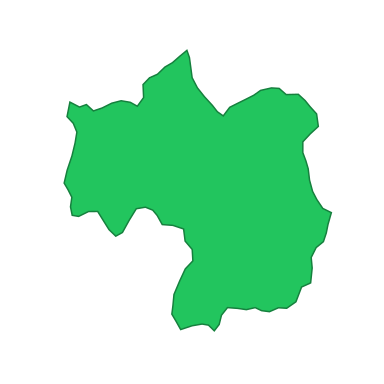 outline of Maripá de Minas, Minas Gerais, Brazil, rotated 14°
{"feature_id": "56859067B21649458076971", "entity_name": "Maripá de Minas", "entity_type": "district", "adm_level": 2, "iso_a3": "BRA", "parent_name": "Brazil", "parent_adm1": "Minas Gerais", "projection": "equal_earth", "projection_center": [-42.96, -21.697], "detail": "fine", "context": "isolated", "style": "filled", "palette": "green", "viewbox_px": 384, "rotation_deg": 14, "n_neighbors": 0, "source": "geoboundaries", "source_scale": "gbopen_adm2", "svg_char_len": 1422}
<svg xmlns="http://www.w3.org/2000/svg" viewBox="0 0 384 384"><g transform="rotate(14 192 192)"><path d="M298.7,97.8L294.0,86.1L285.7,80.5L279.6,75.9L271.5,71.5L259.8,74.7L251.5,70.4L243.9,71.8L234.0,76.8L228.5,83.2L221.7,89.1L213.9,95.7L208.1,100.7L203.9,110.6L197.2,108.0L190.8,103.0L181.1,96.6L172.0,89.6L164.5,81.1L160.1,70.0L157.0,62.2L152.8,55.8L147.4,63.1L141.7,71.3L135.5,77.3L130.0,86.1L123.2,91.4L118.5,99.6L122.2,112.1L118.2,122.0L110.4,119.9L101.2,120.6L92.7,125.2L84.5,132.2L76.7,137.2L68.4,132.7L62.3,136.8L51.8,134.3L52.5,149.1L60.2,154.1L65.8,161.7L66.7,172.8L66.8,186.0L65.6,201.1L65.8,214.3L71.2,219.8L76.7,226.2L77.7,235.8L81.4,243.6L87.9,243.1L96.3,236.0L105.2,233.7L112.1,240.4L120.6,248.6L128.7,253.3L134.3,248.1L137.9,234.6L142.0,221.7L150.5,218.0L158.3,219.1L163.9,223.2L171.0,230.8L181.5,229.0L192.8,229.9L197.2,241.3L206.1,247.7L209.5,258.6L204.1,268.2L201.6,281.2L199.3,295.8L201.0,307.0L202.0,315.4L207.8,321.3L214.3,328.2L224.4,321.8L233.7,317.7L240.2,317.2L247.2,321.3L250.4,314.0L250.4,304.4L254.4,295.6L264.3,293.9L273.2,293.0L281.3,288.9L288.2,290.3L296.1,289.4L303.9,283.4L312.0,281.9L319.4,273.4L321.3,257.7L329.1,251.5L327.0,236.7L323.5,226.7L325.9,215.9L331.5,208.4L332.2,199.3L331.8,190.6L332.2,178.3L322.9,176.3L315.0,169.2L308.9,162.3L303.2,152.1L299.1,141.3L295.0,134.3L290.0,127.0L287.4,116.5L292.6,107.1L298.7,97.8Z" fill="#22c55e" stroke="#15803d" stroke-width="1.5"/></g></svg>